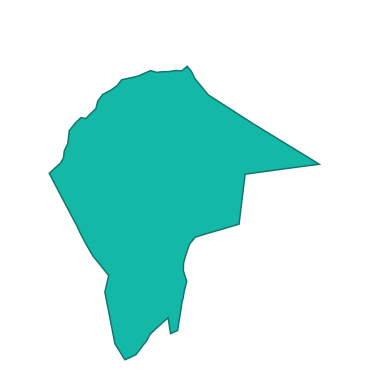 Acarape, Ceará, Brazil (Robinson projection), rotated 338°
{"feature_id": "56859067B60781909044544", "entity_name": "Acarape", "entity_type": "district", "adm_level": 2, "iso_a3": "BRA", "parent_name": "Brazil", "parent_adm1": "Ceará", "projection": "robinson", "projection_center": [-38.665, -4.224], "detail": "fine", "context": "isolated", "style": "filled", "palette": "teal", "viewbox_px": 384, "rotation_deg": 338, "n_neighbors": 0, "source": "geoboundaries", "source_scale": "gbopen_adm2", "svg_char_len": 988}
<svg xmlns="http://www.w3.org/2000/svg" viewBox="0 0 384 384"><g transform="rotate(338 192 192)"><path d="M234.7,73.7L227.9,75.8L222.1,73.1L215.8,71.8L209.6,69.4L204.0,67.8L199.0,63.9L192.0,64.1L186.0,64.4L178.9,63.3L168.9,61.6L162.5,65.3L155.2,67.1L145.8,68.1L138.7,72.4L134.1,78.7L126.4,81.7L121.2,84.2L116.9,81.4L109.6,84.4L101.2,89.1L97.6,95.8L94.9,100.7L89.2,105.7L85.4,112.5L80.6,116.1L74.0,118.4L66.6,121.2L71.0,165.2L72.6,180.4L73.1,189.5L74.0,198.8L76.1,213.9L83.5,238.2L73.7,252.2L63.7,303.8L66.9,322.4L72.9,322.3L79.4,321.7L88.4,316.2L93.9,313.2L99.3,308.5L106.4,305.5L122.7,299.6L119.1,315.3L126.7,315.0L138.2,296.1L140.8,291.3L144.1,286.9L147.9,280.7L153.6,273.0L154.5,261.6L157.8,254.3L162.0,249.0L165.3,245.0L170.2,239.4L178.1,235.1L193.3,236.4L208.6,238.0L223.6,239.4L247.9,195.4L287.1,205.3L320.3,213.9L312.7,203.4L308.3,197.5L300.7,187.3L274.3,151.7L243.4,108.0L239.8,96.4L237.1,87.8L236.6,79.9L234.7,73.7Z" fill="#14b8a6" stroke="#0f766e" stroke-width="1.5"/></g></svg>